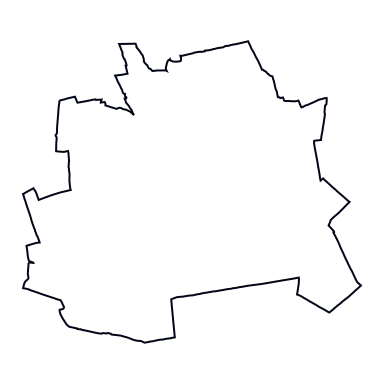 Ivesti, Vaslui, Romania
{"feature_id": "2599482B87899807765527", "entity_name": "Ivesti", "entity_type": "district", "adm_level": 2, "iso_a3": "ROU", "parent_name": "Romania", "parent_adm1": "Vaslui", "projection": "robinson", "projection_center": [27.546, 46.204], "detail": "fine", "context": "isolated", "style": "outline", "palette": "ink", "viewbox_px": 384, "rotation_deg": 0, "n_neighbors": 0, "source": "geoboundaries", "source_scale": "gbopen_adm2", "svg_char_len": 5814}
<svg xmlns="http://www.w3.org/2000/svg" viewBox="0 0 384 384"><path d="M329.1,312.5L329.5,312.4L332.4,310.0L337.6,305.5L340.3,303.5L343.5,300.6L344.7,299.8L345.2,299.3L347.7,297.5L353.2,292.6L355.0,290.9L359.6,286.8L361.0,285.5L360.8,285.3L357.8,282.7L357.2,282.1L356.0,279.9L351.9,271.1L350.5,268.7L344.5,256.2L343.5,253.8L341.3,249.2L340.2,246.7L339.4,244.6L337.4,240.2L335.4,236.3L333.6,233.0L333.4,232.4L333.4,232.2L334.1,231.9L333.6,230.9L328.6,225.5L330.2,221.8L330.7,220.0L333.5,217.3L339.1,212.5L346.1,205.4L347.3,204.1L348.9,202.7L349.6,201.9L348.7,201.3L346.2,199.2L342.9,196.2L337.9,192.0L335.0,189.2L332.7,187.4L329.8,184.6L325.0,180.3L323.1,178.4L320.6,180.6L320.0,178.0L319.8,176.1L319.1,171.7L318.2,166.9L317.2,160.6L314.7,147.4L314.1,143.2L314.0,141.6L314.0,141.1L314.2,140.9L314.7,140.7L321.0,140.0L321.3,137.0L322.7,129.4L322.9,127.3L323.6,123.6L324.8,115.5L324.9,113.6L324.5,112.6L324.5,111.8L325.1,105.5L325.5,105.3L326.4,104.2L326.7,100.6L326.6,98.0L324.7,98.2L323.7,98.4L322.5,98.9L319.6,99.5L318.0,100.1L316.6,100.8L314.2,102.0L308.9,104.3L308.0,104.8L306.9,105.2L305.7,105.4L303.0,106.9L301.5,107.4L301.3,107.3L298.9,101.6L298.4,100.6L296.5,101.1L295.6,101.3L290.8,101.2L289.3,101.1L288.3,100.9L286.5,101.1L285.2,101.0L284.6,100.8L284.1,100.4L283.0,97.5L280.2,98.1L279.6,97.3L277.8,97.1L277.7,96.4L276.8,91.6L275.5,88.5L274.8,85.3L273.8,80.7L273.3,79.7L272.6,76.8L272.1,76.2L271.1,76.1L270.4,75.8L269.8,75.4L268.3,74.1L267.7,73.8L267.0,72.8L265.3,71.2L264.7,71.1L263.9,70.6L263.4,70.0L262.7,69.7L262.0,69.8L261.2,67.8L259.9,64.8L258.0,60.7L255.9,57.0L253.8,52.6L251.4,48.6L249.8,44.7L248.8,43.0L248.7,42.3L248.1,41.3L235.9,44.2L233.2,44.5L232.3,44.8L230.6,45.1L228.7,45.8L226.8,45.9L225.3,46.1L223.1,47.3L222.3,47.5L220.5,47.6L219.1,48.0L218.6,48.0L218.2,47.9L217.4,48.2L216.2,48.5L215.1,48.8L214.4,49.0L213.6,49.0L212.6,49.3L212.0,49.6L210.3,49.9L209.0,50.2L207.5,50.4L205.9,50.4L205.1,50.6L204.9,51.3L203.7,51.3L202.5,51.8L201.8,51.9L201.1,51.9L200.5,51.7L199.5,51.8L195.6,52.4L193.8,52.8L193.1,53.2L183.4,55.5L181.6,55.9L181.0,55.9L180.4,55.8L180.7,57.2L181.1,57.9L180.9,60.3L180.6,61.1L177.0,61.7L173.6,61.6L172.8,61.5L171.0,60.6L169.7,60.2L169.8,59.3L168.0,60.6L167.7,61.1L167.0,62.8L166.0,67.0L165.9,68.1L166.0,69.1L166.4,70.4L166.6,70.8L166.0,70.5L165.6,70.4L164.9,70.4L156.9,70.5L152.8,71.0L152.0,70.7L151.6,70.1L150.6,69.0L149.2,68.5L148.2,67.4L147.3,65.4L145.9,64.1L144.5,62.6L143.9,61.4L143.9,59.8L142.9,56.0L142.4,55.0L141.4,53.8L140.6,52.5L139.9,51.5L138.0,49.0L137.5,48.3L136.9,48.0L136.5,47.4L136.6,46.6L135.6,43.7L119.1,44.0L122.6,52.9L122.4,54.8L123.9,58.7L124.6,59.1L125.9,62.6L126.6,65.4L125.6,65.6L127.5,73.7L121.7,74.8L115.1,75.6L116.4,78.1L117.7,81.4L120.5,86.7L120.8,87.6L122.0,89.8L122.7,92.2L123.3,93.3L123.9,93.7L125.0,93.9L124.8,95.0L125.1,96.2L126.3,97.2L126.4,97.8L126.2,98.3L124.7,98.5L125.6,100.9L126.0,102.6L128.0,104.9L129.1,106.4L130.3,108.5L131.2,109.5L131.7,110.4L132.7,112.8L134.0,115.0L133.2,114.5L132.5,113.8L132.1,113.2L131.5,112.9L130.2,111.7L126.3,109.8L123.1,109.1L120.7,107.9L119.5,107.8L118.9,107.8L116.6,108.9L105.4,105.4L105.5,103.9L104.7,102.0L100.8,102.6L100.9,101.3L101.6,99.6L95.8,99.9L95.6,99.4L95.2,99.3L85.4,101.3L77.5,102.7L77.0,101.6L74.9,96.7L67.2,98.5L64.7,99.3L59.9,100.5L59.6,100.8L59.3,101.8L59.3,103.1L58.9,105.1L58.5,109.2L57.8,118.7L57.1,126.8L56.9,133.3L56.8,133.7L56.4,134.2L55.9,134.6L55.7,134.9L55.6,135.3L55.7,135.8L56.0,136.3L56.3,136.8L56.6,137.4L56.7,138.1L56.3,142.5L56.1,151.2L58.1,151.5L63.5,151.9L64.7,151.8L66.0,151.4L68.0,151.0L68.4,152.6L69.1,161.4L68.9,161.9L68.8,163.6L68.8,165.0L68.5,165.9L68.5,166.7L68.8,167.5L68.9,168.4L69.1,171.1L69.5,173.5L69.6,174.6L69.5,175.3L69.4,180.9L69.9,185.8L70.3,188.4L70.7,190.0L60.5,192.4L51.5,195.2L38.7,199.9L36.3,193.2L35.5,191.5L34.3,189.6L33.5,188.7L33.4,188.3L25.7,192.5L24.0,193.6L23.0,194.0L23.9,196.7L24.4,198.6L24.7,199.4L25.1,200.3L26.7,205.6L26.9,206.0L27.4,207.6L28.3,210.0L28.7,211.6L29.4,213.2L29.9,214.8L31.3,219.6L31.5,220.6L32.1,222.3L32.4,223.3L33.1,225.3L33.4,225.9L33.6,226.6L34.0,227.9L35.0,230.1L35.2,231.4L35.6,232.1L36.7,235.2L37.6,236.8L39.6,242.2L39.6,242.6L38.9,242.5L36.9,242.8L33.4,243.7L26.5,245.8L27.3,251.2L27.8,256.2L28.5,259.5L28.9,260.7L29.5,261.3L32.8,262.3L33.4,262.9L33.1,263.0L30.4,262.5L29.7,262.5L29.1,262.8L28.6,263.4L27.8,273.3L27.9,274.2L28.0,275.0L28.3,276.6L28.4,277.9L28.4,278.4L28.0,279.1L25.7,281.1L24.8,282.3L24.1,284.0L23.1,288.2L26.5,288.8L29.4,289.6L29.6,289.9L38.1,292.8L42.0,294.2L59.5,300.0L60.5,300.1L61.8,302.4L63.2,305.5L63.9,306.7L64.0,307.1L63.8,308.1L62.6,309.1L59.6,309.8L59.7,311.7L60.5,314.3L62.3,317.8L64.8,321.8L66.7,324.6L69.1,326.7L77.2,328.5L77.1,328.9L77.2,329.0L78.5,329.1L79.2,329.3L80.5,329.2L80.9,329.3L81.3,329.7L88.7,331.2L93.8,332.4L100.0,333.6L101.9,333.6L102.1,333.3L102.8,333.1L104.6,333.2L106.4,333.5L107.0,333.3L107.7,333.0L110.8,333.7L111.4,334.5L113.6,334.8L116.9,335.1L117.8,335.3L120.2,335.5L127.1,337.4L130.4,338.6L132.3,339.4L134.0,340.0L135.9,340.5L137.5,340.8L140.1,340.9L140.8,341.0L143.4,342.1L143.8,342.4L144.3,342.6L144.7,342.7L145.9,342.4L148.8,342.0L149.6,341.6L152.5,341.3L158.8,339.9L160.0,339.7L162.5,339.6L166.1,338.8L170.2,338.3L172.8,337.7L174.8,337.4L173.0,318.6L171.2,299.3L176.8,297.2L181.6,296.7L183.0,296.7L184.1,296.4L188.9,295.6L193.2,295.3L196.8,294.4L200.1,293.9L201.9,293.4L205.1,292.8L206.2,292.7L214.1,291.3L214.9,291.4L218.7,290.7L223.5,289.9L227.1,289.2L231.4,288.7L233.4,288.1L234.2,288.2L236.4,287.8L239.8,287.1L242.1,286.8L247.5,285.8L261.5,284.0L268.0,282.9L283.1,280.3L291.7,278.9L298.8,277.6L299.0,279.9L298.8,281.6L298.8,283.3L297.3,293.1L297.0,294.5L297.3,294.7L298.2,294.9L299.0,295.2L301.3,296.3L303.0,297.4L307.7,300.1L309.4,301.2L310.7,301.9L316.2,305.0L319.2,306.9L324.8,309.9L329.1,312.5Z" fill="none" stroke="#020617" stroke-width="2"/></svg>